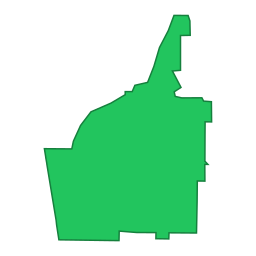 the district of Floyd, Georgia, United States of America
{"feature_id": "52423323B2817589599691", "entity_name": "Floyd", "entity_type": "district", "adm_level": 2, "iso_a3": "USA", "parent_name": "United States of America", "parent_adm1": "Georgia", "projection": "orthographic", "projection_center": [-85.181, 34.333], "detail": "fine", "context": "isolated", "style": "filled", "palette": "green", "viewbox_px": 256, "rotation_deg": 0, "n_neighbors": 0, "source": "geoboundaries", "source_scale": "gbopen_adm2", "svg_char_len": 748}
<svg xmlns="http://www.w3.org/2000/svg" viewBox="0 0 256 256"><path d="M211.4,101.7L203.6,101.1L201.9,97.8L181.8,97.9L175.2,96.4L174.2,91.8L181.0,87.4L172.4,71.0L180.5,70.3L180.5,35.5L190.2,35.3L189.9,20.9L188.1,15.5L174.0,15.4L168.3,30.6L159.5,47.5L153.9,66.4L147.6,82.4L134.9,85.3L132.2,91.6L125.2,91.6L125.2,94.7L111.0,103.1L91.0,111.8L80.6,125.4L73.4,141.2L71.8,148.9L44.4,148.7L45.6,156.2L45.8,157.8L46.8,163.5L46.9,164.5L56.1,220.2L56.6,224.9L58.9,239.8L109.8,240.5L119.0,240.6L119.2,231.1L136.7,232.5L156.0,232.6L155.9,238.7L168.8,238.9L169.0,232.8L196.5,233.0L197.1,201.5L197.3,181.0L204.9,181.1L204.8,164.4L207.9,164.4L204.9,161.2L205.0,135.2L205.1,121.8L211.6,121.9L211.4,101.7Z" fill="#22c55e" stroke="#15803d" stroke-width="1.5"/></svg>